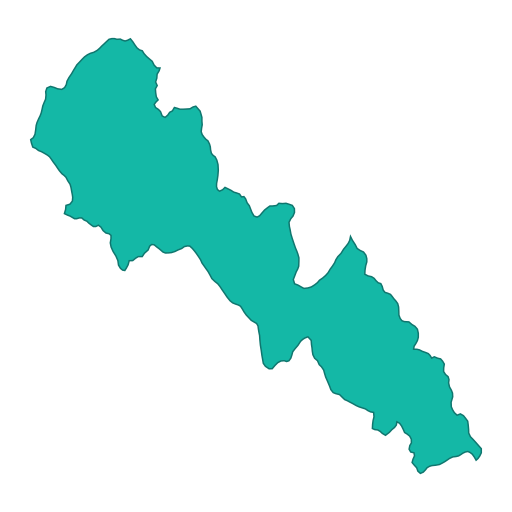 the district of Chapada do Norte, Minas Gerais, Brazil
{"feature_id": "56859067B97851248273479", "entity_name": "Chapada do Norte", "entity_type": "district", "adm_level": 2, "iso_a3": "BRA", "parent_name": "Brazil", "parent_adm1": "Minas Gerais", "projection": "equal_earth", "projection_center": [-42.387, -17.157], "detail": "fine", "context": "isolated", "style": "filled", "palette": "teal", "viewbox_px": 512, "rotation_deg": 0, "n_neighbors": 0, "source": "geoboundaries", "source_scale": "gbopen_adm2", "svg_char_len": 5913}
<svg xmlns="http://www.w3.org/2000/svg" viewBox="0 0 512 512"><path d="M130.4,38.8L127.5,40.3L125.1,41.0L122.7,40.3L120.3,39.1L116.9,39.3L114.4,38.6L111.9,38.6L109.0,39.3L106.3,41.8L104.1,43.9L101.8,46.0L99.7,48.2L97.3,50.3L93.8,52.3L90.4,53.3L87.4,54.8L84.5,56.9L82.1,59.3L79.7,61.9L76.9,64.8L75.2,67.6L73.6,70.2L71.6,73.7L69.0,77.5L67.0,81.2L66.3,84.6L64.6,87.6L61.8,89.4L57.6,88.8L54.1,87.4L50.5,86.4L46.9,88.0L45.7,91.6L46.0,95.0L45.6,99.2L44.2,102.4L42.8,105.9L42.0,109.7L41.2,113.0L40.1,115.9L38.7,118.7L37.0,122.6L36.2,125.4L35.7,129.8L35.0,134.3L33.3,137.7L30.7,139.6L31.4,142.9L32.8,147.1L35.8,148.4L38.5,150.5L41.5,151.7L45.1,153.7L47.6,155.2L49.6,156.8L51.2,159.0L53.3,162.1L55.8,165.4L57.3,167.7L59.3,170.6L61.9,173.7L64.1,175.4L66.0,177.3L67.8,180.8L70.1,184.3L71.0,187.5L71.7,191.4L72.3,194.5L72.7,197.3L72.4,201.1L69.9,204.2L66.0,205.4L65.6,209.5L64.4,213.6L67.5,215.1L70.1,216.1L72.3,217.4L74.5,218.7L76.7,218.7L79.3,217.9L81.7,217.9L84.1,220.0L86.9,221.2L88.8,223.1L91.1,224.9L93.4,226.5L95.8,226.5L98.4,225.2L100.9,227.1L103.1,230.6L105.9,233.0L109.2,233.8L111.0,235.4L111.0,238.7L110.3,242.9L111.1,247.0L113.1,251.5L115.9,256.0L117.9,260.6L118.5,265.1L120.5,268.4L122.6,270.1L124.8,270.5L126.3,268.2L128.1,264.8L129.2,260.7L132.7,260.6L135.5,258.3L138.2,256.6L142.2,256.6L144.4,253.3L148.1,250.0L149.7,246.1L151.7,244.5L154.2,244.8L156.8,247.0L159.1,248.7L161.1,250.4L162.9,252.0L165.4,253.0L168.3,252.9L171.4,252.6L174.9,251.5L177.9,250.0L181.7,248.5L184.3,246.6L187.5,245.9L189.8,246.1L192.3,248.4L194.5,251.0L196.4,253.5L198.6,256.7L200.6,259.8L202.0,263.0L203.7,265.4L205.8,268.4L208.1,271.6L210.1,275.2L211.9,278.6L214.8,281.4L217.8,283.8L219.9,286.4L222.0,289.6L224.7,293.5L227.1,297.1L230.1,300.8L232.7,302.9L235.7,304.1L238.4,305.0L240.5,306.2L242.1,308.6L244.1,312.0L246.4,315.2L248.7,317.6L251.2,320.3L253.9,321.9L256.6,323.5L258.0,325.9L258.4,329.0L258.9,332.0L259.6,335.5L259.9,339.9L260.4,345.1L261.3,350.8L261.9,355.2L262.6,359.2L263.3,363.3L265.4,366.3L269.1,368.8L272.2,368.7L275.0,365.4L277.7,362.7L280.9,361.0L284.2,360.7L286.6,361.5L288.9,360.8L290.8,358.2L291.9,354.9L292.7,351.8L294.9,348.9L297.9,345.4L300.5,341.4L302.7,339.4L304.7,338.1L307.9,336.8L311.2,340.4L311.5,344.6L312.0,347.7L312.3,351.1L312.9,354.7L314.6,358.2L317.5,360.7L319.2,364.6L321.5,366.8L323.7,370.1L324.6,373.5L325.7,377.1L327.6,381.4L329.5,385.9L330.9,389.7L333.2,392.6L335.7,393.6L339.6,394.6L342.5,397.5L344.7,399.6L347.3,400.7L349.5,401.9L352.6,403.5L356.3,405.6L359.2,406.9L362.0,407.8L365.4,408.9L367.9,410.6L370.6,411.9L373.6,412.4L374.0,416.8L373.1,420.5L372.6,424.3L372.4,428.5L374.8,429.6L377.6,429.9L380.2,431.4L382.3,433.4L385.5,435.3L389.3,432.4L391.9,429.6L394.5,427.5L396.3,425.1L396.9,421.8L399.6,423.3L401.6,426.0L403.3,429.5L404.6,432.5L407.2,434.1L409.7,436.1L411.3,439.2L411.4,442.9L409.8,445.6L409.1,449.2L410.7,452.0L414.0,452.8L414.5,455.9L413.0,459.2L412.1,462.5L414.4,465.3L416.7,467.8L417.9,471.2L420.4,473.4L423.3,472.1L425.5,469.8L427.1,467.7L429.5,466.3L431.8,465.6L435.6,465.2L439.5,464.5L442.2,463.1L444.7,461.7L446.8,460.3L449.4,458.5L452.8,456.9L456.1,456.5L458.6,455.9L460.6,454.7L462.8,453.2L465.3,452.0L467.9,451.5L470.1,452.5L472.3,454.2L474.3,457.0L476.1,460.2L478.0,458.5L479.7,456.1L481.3,452.8L481.3,448.7L479.0,446.1L476.2,442.9L473.3,439.7L470.4,436.7L468.7,433.0L468.6,429.5L468.2,425.0L467.7,421.2L465.8,418.6L463.5,415.7L460.4,413.9L457.1,415.2L454.4,412.7L452.7,410.0L451.3,406.8L451.1,402.3L452.7,396.8L452.5,393.1L451.4,390.3L449.5,386.9L448.6,382.9L449.0,379.7L448.1,376.7L445.5,374.5L443.6,371.5L443.7,367.8L444.3,364.1L442.6,361.2L440.6,358.9L437.6,358.2L434.3,356.8L431.7,358.1L430.0,355.4L428.3,353.6L425.6,352.5L422.2,351.3L419.5,349.9L417.0,349.3L413.6,349.2L414.1,346.2L415.8,343.6L417.4,340.6L418.3,337.3L418.3,333.3L417.4,329.2L414.9,326.3L411.9,324.5L408.9,321.9L404.2,321.6L401.9,320.7L400.2,318.5L398.9,315.1L398.8,311.1L398.6,307.0L397.7,303.6L395.7,300.8L393.8,298.7L392.2,296.5L390.5,294.4L387.7,293.2L385.0,292.4L383.2,290.1L382.2,286.4L380.8,283.6L378.2,282.8L376.0,280.7L374.2,278.4L371.6,276.7L368.0,275.9L364.8,274.2L365.0,270.2L365.7,265.7L366.8,261.9L366.8,258.7L365.9,255.2L363.5,252.0L360.0,250.4L357.1,248.4L355.2,244.6L352.4,240.3L350.5,236.5L349.7,240.4L348.2,243.4L346.0,246.3L343.6,249.2L341.0,253.4L337.8,256.7L335.9,259.7L334.6,262.8L332.4,266.2L330.3,269.0L328.1,272.7L325.6,275.5L322.6,278.1L319.5,280.2L317.5,282.6L314.6,284.9L311.4,286.9L307.8,288.0L303.9,288.4L301.3,287.0L298.0,285.1L294.6,283.8L293.3,279.5L294.7,275.9L296.2,271.9L297.7,269.0L298.7,266.2L298.9,261.1L298.9,257.8L297.9,254.2L296.9,251.4L295.5,248.1L294.1,244.1L292.3,238.7L290.9,234.1L290.2,230.1L289.4,226.5L289.0,222.3L290.8,218.7L293.0,216.1L294.5,212.4L294.4,208.6L292.3,205.4L288.9,204.2L286.0,203.3L282.5,203.6L278.9,203.3L276.6,205.5L272.5,206.0L269.9,206.0L267.4,207.8L264.6,210.0L262.3,212.6L259.7,215.7L257.1,217.1L254.0,216.0L251.9,212.4L250.5,208.8L249.3,205.7L247.1,202.8L245.6,198.8L243.9,196.6L241.5,196.9L239.5,194.0L236.4,192.9L233.7,192.1L231.1,190.4L227.9,188.8L225.0,187.4L222.7,189.7L219.5,191.2L217.4,189.5L216.5,186.6L216.6,183.3L217.3,179.6L217.9,175.4L218.3,170.3L218.0,164.6L216.8,160.1L215.1,156.8L213.1,155.4L211.4,153.3L210.6,150.0L210.3,146.8L209.5,144.0L207.9,140.8L205.9,139.3L203.9,137.0L202.2,134.6L201.2,131.7L201.6,128.1L202.2,124.8L201.9,121.1L201.9,117.4L201.1,114.5L200.1,111.1L197.9,108.6L195.8,106.2L193.0,107.0L190.0,108.8L186.9,109.0L183.4,109.2L179.9,109.2L177.3,108.3L174.4,107.5L172.4,110.9L169.7,112.3L167.7,115.2L165.1,117.4L162.2,116.0L160.5,111.6L158.5,109.5L155.5,107.5L154.2,104.4L155.9,102.1L158.1,99.9L156.3,96.8L155.7,92.8L155.4,88.8L157.2,85.6L155.6,82.0L156.8,78.2L157.1,74.2L159.1,70.8L160.0,68.0L156.8,67.9L154.1,65.1L152.2,61.3L149.7,59.2L146.6,56.5L144.0,53.6L142.3,50.8L139.5,49.9L137.0,47.9L134.7,44.7L132.9,41.9L130.4,38.8Z" fill="#14b8a6" stroke="#0f766e" stroke-width="1.5"/></svg>